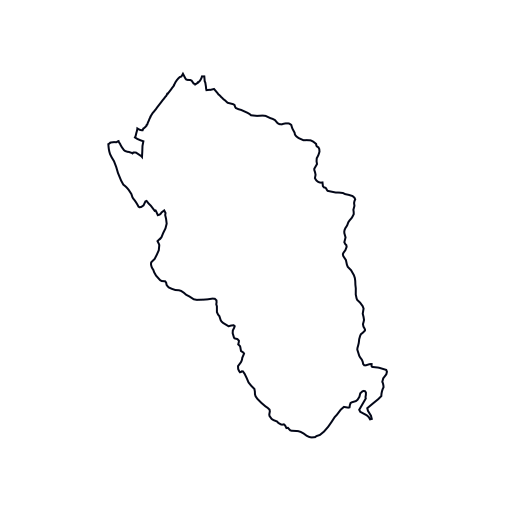 Turnu Ruieni, Caras-Severin, Romania, rotated 32°
{"feature_id": "2599482B88059248818528", "entity_name": "Turnu Ruieni", "entity_type": "district", "adm_level": 2, "iso_a3": "ROU", "parent_name": "Romania", "parent_adm1": "Caras-Severin", "projection": "albers", "projection_center": [22.358, 45.376], "detail": "fine", "context": "isolated", "style": "outline", "palette": "ink", "viewbox_px": 512, "rotation_deg": 32, "n_neighbors": 0, "source": "geoboundaries", "source_scale": "gbopen_adm2", "svg_char_len": 6054}
<svg xmlns="http://www.w3.org/2000/svg" viewBox="0 0 512 512"><g transform="rotate(32 256 256)"><path d="M402.7,376.7L405.0,373.9L406.7,368.9L407.7,362.6L408.0,356.7L408.1,350.9L408.7,347.9L409.3,341.4L410.5,337.4L414.4,335.8L415.0,335.4L415.5,334.8L414.6,332.7L414.1,330.5L414.8,329.3L417.6,326.1L418.3,324.1L418.3,320.6L417.2,317.2L418.0,314.3L418.9,313.3L420.2,312.9L421.6,313.6L422.8,315.6L423.6,317.6L424.6,318.7L425.0,331.7L427.0,332.9L434.4,332.4L437.1,332.9L439.3,334.1L440.5,332.8L438.1,330.5L433.0,328.0L431.0,326.1L433.2,319.4L435.5,312.7L436.5,308.4L435.4,306.3L434.6,304.2L434.0,302.0L433.7,299.7L432.9,298.6L432.0,297.6L431.0,296.6L429.8,295.8L428.7,292.3L429.2,287.3L428.4,284.8L426.8,283.6L420.1,285.4L418.7,285.9L413.3,288.5L412.3,288.1L411.3,286.4L410.3,287.0L409.4,287.8L407.0,290.6L405.7,291.3L404.1,290.8L402.7,289.3L401.1,288.1L400.1,287.6L398.0,286.8L396.4,285.9L391.5,281.7L390.8,280.3L390.1,277.9L389.3,275.5L388.5,273.7L387.6,271.9L386.6,268.4L386.4,266.8L387.3,264.2L387.9,261.5L387.4,260.6L386.0,259.7L384.6,259.0L382.8,257.1L382.2,255.0L381.5,253.0L379.4,250.6L377.1,248.4L375.1,243.6L373.0,242.0L369.0,240.4L365.1,239.6L363.8,238.7L361.0,235.8L357.8,230.6L355.5,227.7L353.4,224.6L351.5,222.3L349.2,220.4L344.2,217.7L339.6,216.6L337.7,215.2L334.4,211.8L330.2,209.9L329.4,209.2L328.7,208.4L328.5,207.6L328.5,206.2L328.7,203.7L328.0,200.2L326.8,198.9L325.4,198.6L323.6,197.5L322.1,192.8L318.8,189.8L317.9,188.5L317.3,186.9L317.0,184.8L317.1,183.0L317.0,181.3L316.4,178.5L316.5,176.2L316.9,173.7L317.0,172.7L316.9,170.7L316.7,168.7L315.5,166.9L314.1,165.2L312.9,161.3L311.1,159.1L310.4,157.3L310.1,155.4L308.6,154.4L306.1,154.0L302.3,155.0L298.7,156.3L296.4,156.5L293.0,158.1L289.8,160.0L282.2,162.8L280.9,162.3L279.8,161.6L278.8,161.3L277.3,161.8L275.7,161.3L273.4,158.4L272.4,159.2L271.8,159.6L270.6,160.0L269.3,160.2L267.4,160.0L266.1,159.5L264.7,158.7L263.5,155.6L261.8,153.8L259.8,152.1L259.2,151.1L259.0,145.7L257.1,143.5L256.4,142.2L255.7,140.9L255.6,139.1L255.4,137.3L255.0,135.5L254.5,133.8L253.0,131.8L251.4,130.8L249.6,130.8L249.4,130.8L248.4,130.1L247.6,129.1L245.1,128.8L243.5,128.7L241.0,129.0L237.9,130.7L234.8,132.7L229.6,133.4L227.1,133.2L225.9,132.9L225.2,132.6L224.5,132.2L223.4,131.0L219.4,128.7L217.9,127.5L216.5,126.2L215.7,126.1L214.9,126.1L213.6,126.2L212.7,126.7L210.8,127.9L209.8,128.8L208.9,129.7L208.1,130.7L205.9,131.8L203.9,131.9L200.0,130.7L197.5,130.9L195.0,131.5L189.9,132.1L187.2,133.4L182.7,136.6L177.2,139.3L175.4,139.0L172.8,139.1L166.0,140.0L163.3,140.8L160.5,141.2L159.4,140.7L157.7,139.3L156.0,139.4L150.7,141.1L147.1,140.4L146.3,140.4L144.9,140.2L143.4,139.8L142.4,139.7L141.2,139.3L139.4,138.9L138.6,138.9L137.2,138.3L131.9,136.6L129.3,139.3L128.5,139.7L126.1,141.6L125.0,140.5L123.8,138.9L121.1,135.8L119.9,135.0L117.0,131.1L115.0,132.3L115.5,134.3L115.6,136.4L115.5,137.6L115.0,139.5L114.6,139.6L114.6,139.8L114.8,140.2L114.4,140.9L113.6,142.6L113.4,142.4L111.7,142.8L108.5,141.4L106.9,141.6L104.8,142.9L103.3,143.3L102.3,143.0L97.5,140.2L97.6,141.6L97.6,143.3L97.4,143.6L96.5,144.7L96.4,145.1L95.9,147.0L95.9,147.6L95.7,148.5L95.6,151.3L95.8,153.2L95.8,154.6L95.9,154.8L96.1,154.9L96.0,156.1L95.8,157.6L95.7,159.8L95.5,161.8L95.2,164.7L95.2,165.0L94.8,165.1L94.7,165.3L95.0,166.9L95.0,168.1L94.8,168.6L94.5,171.9L94.3,173.0L94.0,176.5L93.4,182.4L93.3,184.6L93.1,186.0L92.9,187.8L92.7,188.8L92.6,189.6L92.6,193.7L92.8,193.8L93.0,196.2L93.4,198.2L93.6,200.1L94.1,202.1L93.8,202.8L93.9,203.0L94.1,203.6L93.9,204.4L93.8,205.2L93.6,205.8L93.2,207.2L92.9,207.6L93.0,208.4L93.2,209.5L92.7,209.8L90.9,210.5L89.0,210.7L87.8,210.7L88.1,211.3L88.7,212.9L89.3,215.0L90.1,217.4L90.4,218.4L90.5,219.6L93.3,219.6L96.6,219.1L99.7,218.4L101.4,222.8L104.5,228.2L106.8,232.4L106.2,232.2L105.8,232.1L99.4,231.9L99.0,232.1L97.4,233.0L97.1,233.3L97.1,233.9L96.9,234.4L96.6,234.3L93.1,235.1L92.6,235.3L91.9,235.7L89.4,236.3L87.9,236.2L87.2,235.9L84.5,234.8L82.1,233.5L81.6,233.1L79.0,231.9L78.5,231.4L78.3,231.6L77.4,233.4L77.1,233.6L75.2,234.7L73.2,236.3L72.4,237.0L72.4,237.4L72.2,237.6L72.0,238.5L71.5,239.4L73.0,241.4L74.6,243.4L76.3,245.2L78.2,246.9L81.3,248.8L85.4,250.9L90.3,254.6L94.9,258.7L101.6,263.5L105.7,265.8L107.6,266.0L109.4,266.3L111.2,266.8L113.0,267.4L117.5,269.5L120.0,271.6L121.3,272.3L123.6,273.1L125.9,274.1L128.1,275.2L130.2,276.4L131.4,276.4L132.7,275.2L133.8,272.7L133.3,268.3L134.0,267.3L137.1,268.4L140.2,269.1L146.2,271.4L146.7,270.6L147.7,271.1L151.1,273.4L152.3,272.0L152.8,270.6L152.8,269.2L154.0,266.0L156.5,267.5L157.3,269.4L160.0,272.1L163.1,275.9L164.6,280.6L165.1,285.6L165.9,290.3L165.8,291.2L165.7,291.1L164.6,295.6L167.7,297.5L168.3,298.2L170.5,302.6L171.2,307.5L171.6,312.3L171.0,314.6L170.5,316.9L170.8,317.7L171.6,319.0L172.1,319.5L173.3,320.6L174.9,321.6L176.0,322.0L178.3,323.8L181.6,325.6L187.5,327.3L189.3,327.2L192.4,325.6L193.9,326.2L195.5,327.9L197.1,328.5L198.7,328.9L202.2,328.4L205.6,327.6L208.8,325.9L211.0,325.3L214.3,325.4L217.3,325.9L221.0,325.6L226.1,325.7L229.0,324.6L234.8,320.7L237.8,318.5L241.8,315.1L243.8,314.1L246.0,314.6L247.1,316.2L247.9,318.0L249.5,319.4L252.6,324.3L254.9,325.8L256.8,326.4L260.0,329.1L261.4,329.8L263.5,330.2L270.0,330.1L271.7,328.2L273.7,326.6L275.1,326.8L275.5,328.3L275.8,331.4L277.1,333.8L280.6,336.9L281.5,337.2L284.3,336.3L286.4,336.9L287.0,338.0L287.8,340.4L289.9,340.8L290.8,341.4L293.6,344.5L296.5,344.6L297.6,345.1L298.3,349.6L299.0,351.2L299.4,353.0L299.5,354.2L299.1,358.9L300.4,360.8L301.0,361.5L301.4,361.7L302.4,362.4L304.0,363.1L304.7,362.4L304.9,361.9L305.0,361.4L306.0,360.8L308.7,361.9L312.7,364.4L316.7,367.2L320.8,368.6L325.1,369.6L326.9,371.6L328.4,373.8L330.0,375.2L332.8,376.4L338.3,377.7L343.6,378.5L346.3,378.6L348.9,379.1L350.1,380.5L351.2,383.3L352.2,384.5L355.6,385.9L357.8,385.9L361.5,385.2L363.3,385.7L364.3,385.7L366.5,385.6L367.5,385.2L368.4,384.5L368.8,384.0L370.5,384.3L373.0,385.8L374.1,384.8L377.3,385.7L378.6,385.4L384.5,382.2L387.1,381.5L390.5,381.3L394.2,381.6L396.8,381.3L398.1,380.9L399.3,380.4L402.1,378.3L402.7,376.7Z" fill="none" stroke="#020617" stroke-width="2"/></g></svg>